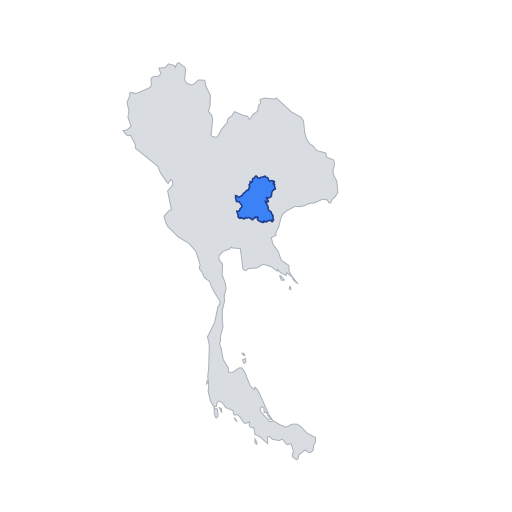 location of Nakhon Ratchasima within Thailand, rotated 346°
{"feature_id": "THA-441", "entity_name": "Nakhon Ratchasima", "entity_type": "Province", "adm_level": 1, "iso_a3": "THA", "parent_name": "Thailand", "parent_adm1": "", "projection": "natural_earth1", "projection_center": [102.187, 14.947], "detail": "fine", "context": "in_parent", "style": "filled", "palette": "blue", "viewbox_px": 512, "rotation_deg": 346, "n_neighbors": 0, "source": "natural_earth", "source_scale": "10m", "svg_char_len": 8739}
<svg xmlns="http://www.w3.org/2000/svg" viewBox="0 0 512 512"><g transform="rotate(346 256 256)"><path d="M223.0,51.5L223.4,53.5L225.3,50.8L227.6,49.5L232.4,55.4L232.9,57.9L229.5,67.2L230.0,70.4L232.2,72.9L234.9,74.4L237.7,74.0L243.0,71.3L248.8,73.1L248.5,79.3L250.6,89.2L247.7,99.2L244.8,104.2L247.0,108.6L247.1,112.6L241.5,128.3L242.6,129.5L246.2,131.3L247.7,130.7L253.5,124.5L260.1,119.7L262.2,115.7L266.3,114.3L270.0,110.7L278.5,117.1L280.7,117.6L281.8,118.7L282.2,121.3L283.3,121.8L286.8,118.2L292.6,115.8L294.9,110.4L297.6,108.8L297.4,106.1L298.2,105.1L303.0,104.9L310.3,107.7L312.8,108.3L314.0,107.7L325.5,125.1L332.9,131.8L334.8,136.3L333.1,148.0L333.3,154.7L334.9,159.8L338.1,163.3L340.4,168.4L349.0,173.2L348.3,174.5L348.8,177.6L354.2,181.3L354.7,182.5L354.1,187.2L351.6,190.8L351.1,193.7L351.1,197.4L352.5,202.8L350.8,214.1L347.6,217.3L343.5,219.6L341.2,222.6L339.5,221.9L338.7,218.8L334.1,217.0L325.3,218.7L320.9,217.9L315.0,219.0L309.3,218.5L305.9,217.2L296.3,219.7L292.2,221.9L289.3,225.2L285.0,233.5L280.6,238.6L280.6,240.7L275.2,242.0L275.4,249.0L278.6,256.7L279.5,266.4L285.7,273.2L284.5,278.0L285.2,282.7L290.0,293.4L286.5,288.3L285.8,284.8L281.8,279.5L280.5,282.1L275.7,278.1L273.7,274.1L273.0,275.9L268.3,270.2L263.6,267.2L260.9,265.8L254.2,267.8L245.6,266.3L242.4,267.7L241.0,266.8L240.2,265.1L242.6,245.0L235.2,242.5L234.0,241.2L232.4,242.7L225.2,243.5L219.9,247.2L219.3,250.3L221.6,255.8L218.6,265.8L219.6,275.2L219.1,280.4L215.5,287.0L214.5,292.2L210.4,300.2L207.7,310.4L207.0,316.3L202.1,325.3L200.9,330.4L199.2,332.3L199.9,336.4L199.1,348.7L202.1,357.7L201.3,361.9L204.6,363.3L212.6,360.5L215.3,361.2L217.0,366.2L219.0,380.8L222.3,385.4L223.2,383.1L224.7,385.4L226.0,389.8L230.1,413.0L232.3,419.0L229.8,417.5L228.4,410.2L226.0,409.9L226.9,405.3L225.4,403.7L223.0,405.0L223.1,408.6L229.4,420.1L233.3,420.4L238.3,425.5L243.8,429.3L250.6,427.9L255.4,429.2L258.2,432.3L262.6,440.1L269.9,446.6L268.8,450.7L265.9,454.0L264.4,458.3L262.4,459.6L259.7,459.6L256.7,456.0L249.5,459.3L247.9,462.7L246.1,463.6L242.9,459.8L243.1,457.7L245.1,454.6L244.6,446.6L240.3,446.5L237.4,440.5L236.4,439.9L234.4,440.8L227.5,438.0L225.5,434.3L223.4,434.6L222.0,441.0L216.0,432.4L211.8,428.8L212.4,422.4L209.6,421.0L208.4,419.2L209.4,415.4L205.5,416.0L203.7,414.9L201.4,408.0L199.5,405.3L196.9,405.3L196.1,403.9L196.3,400.5L190.0,395.7L187.9,390.2L184.9,387.7L183.0,388.4L181.1,392.4L179.7,392.1L178.3,391.0L176.7,385.5L176.8,375.8L178.9,370.2L180.0,361.2L182.9,353.6L189.1,331.4L189.4,322.7L199.9,310.3L206.8,296.0L209.1,294.0L210.1,291.3L206.5,279.8L204.9,271.9L205.1,269.8L200.7,264.4L199.6,258.2L198.4,256.2L198.0,254.2L199.7,250.6L198.8,237.0L194.0,227.6L185.3,218.9L177.6,206.2L176.5,201.6L176.3,195.2L182.6,190.9L185.1,190.6L186.0,171.4L191.4,167.8L192.6,166.2L193.1,163.0L191.9,161.1L188.4,164.3L187.7,163.6L183.4,152.3L182.5,145.4L165.1,122.3L165.9,118.5L163.4,108.5L160.9,108.3L159.1,106.5L157.3,102.1L160.7,102.6L166.2,100.1L165.3,90.4L167.7,84.8L168.1,75.6L172.3,70.1L172.8,67.4L175.1,67.1L178.1,69.1L181.3,69.1L194.3,66.8L196.0,64.3L196.8,59.2L198.1,57.6L201.0,57.1L204.3,58.1L207.8,56.2L207.2,50.2L213.4,51.2L217.5,48.4L223.0,51.5ZM181.4,395.0L180.5,402.2L178.1,403.6L177.3,399.4L178.7,392.7L179.4,394.2L181.4,395.0ZM221.0,352.9L220.6,356.4L218.4,357.5L217.8,353.6L221.0,352.9ZM275.2,281.2L277.8,286.2L274.8,285.7L274.2,280.9L275.2,281.2ZM211.0,438.8L209.7,436.7L210.8,433.4L211.9,437.4L211.0,438.8ZM185.5,395.7L184.9,399.7L183.7,394.3L185.5,395.7ZM221.1,349.8L219.9,349.4L218.9,347.1L220.3,347.1L221.1,349.8ZM196.1,407.5L197.6,412.2L196.0,410.0L196.1,407.5ZM282.1,294.3L281.7,297.2L280.3,296.0L281.2,293.8L282.1,294.3ZM178.6,367.1L177.1,368.2L178.3,365.4L178.6,367.1Z" fill="#d9dde1" stroke="#a8b0b8" stroke-width="1"/><path d="M249.4,215.6L249.0,215.2L248.8,214.9L248.6,214.4L248.1,214.0L248.1,213.9L248.0,213.7L248.1,213.4L248.2,213.2L248.5,212.7L248.2,207.8L248.4,207.8L248.8,208.0L249.0,208.2L249.1,208.3L249.5,208.3L250.1,208.5L250.3,208.5L250.4,208.2L250.5,208.2L251.0,207.8L251.4,207.6L251.5,207.5L251.6,207.3L251.8,206.6L251.8,206.4L252.6,206.0L252.9,205.7L253.3,205.5L253.9,205.1L254.2,204.9L254.4,204.7L254.4,204.4L254.4,203.6L254.4,203.4L254.3,203.2L253.3,200.7L253.2,200.4L253.1,200.1L253.0,199.8L252.8,199.4L252.7,199.2L252.2,199.2L251.6,199.0L251.0,198.5L250.9,198.5L250.6,198.6L250.3,198.5L250.2,198.2L250.2,197.7L250.3,195.4L250.2,194.9L250.2,194.2L250.3,193.9L250.7,193.2L250.8,193.0L250.8,192.5L252.1,193.2L252.4,193.4L252.7,193.8L252.9,194.4L253.1,194.7L253.2,194.9L253.3,194.9L253.8,194.9L257.1,193.8L257.6,193.5L257.9,193.2L258.7,192.4L258.9,192.2L259.0,192.1L260.0,191.9L260.9,191.4L262.4,190.4L262.8,190.2L263.4,190.0L263.6,190.0L263.8,190.1L264.2,190.2L264.5,190.3L264.7,190.2L264.8,190.1L264.8,189.8L264.9,189.5L265.1,188.9L265.4,188.5L265.6,188.3L266.5,187.8L266.7,187.6L266.7,187.3L266.6,187.1L266.4,186.5L266.4,186.2L266.4,185.9L266.5,185.4L266.6,185.1L267.2,184.7L267.5,184.4L268.3,182.9L268.5,182.4L269.4,183.2L269.5,183.5L270.0,183.2L270.4,182.8L270.5,182.6L270.7,182.0L270.8,181.9L271.0,181.8L271.0,181.7L271.0,181.3L271.0,181.2L271.3,180.8L271.4,180.6L271.4,180.2L271.7,180.0L272.4,180.0L272.7,179.9L272.5,179.7L272.8,179.9L273.3,179.8L273.6,179.6L274.2,178.9L274.9,178.4L275.2,178.3L275.5,178.3L275.9,179.0L276.3,179.4L276.4,179.5L276.4,180.2L276.4,180.3L276.5,180.4L276.6,180.5L277.1,180.8L277.6,181.4L277.8,181.4L278.1,181.3L278.6,181.1L279.2,181.0L279.7,180.8L279.9,180.8L281.5,181.1L281.8,181.1L282.2,180.8L282.3,180.8L282.5,180.8L283.0,181.0L283.5,181.0L283.7,180.9L284.0,180.8L284.1,180.7L284.2,180.8L284.3,180.8L284.4,181.4L284.6,181.8L284.8,182.1L285.0,182.2L285.4,182.3L285.7,182.4L286.4,183.0L286.5,183.9L286.6,184.5L286.6,185.4L286.6,185.6L286.9,185.9L287.0,186.1L287.2,186.4L287.3,186.6L287.5,186.7L287.8,186.6L288.3,186.7L288.5,186.7L288.8,186.5L289.5,186.6L289.8,186.7L290.1,186.8L290.2,187.1L290.4,187.3L290.5,187.6L291.2,187.6L291.3,187.6L291.5,187.8L291.8,188.1L291.9,188.5L291.5,188.9L291.4,189.1L291.2,189.1L291.0,188.9L290.9,188.9L290.3,190.1L290.4,190.4L290.5,190.5L291.2,190.7L291.4,190.8L291.5,190.9L291.4,191.1L291.0,191.4L290.9,191.4L290.9,191.7L290.8,192.4L291.0,192.8L291.0,193.0L290.9,193.7L290.9,193.8L290.9,194.9L290.9,195.0L291.1,195.3L291.1,195.5L290.9,195.7L290.7,195.8L290.1,196.0L289.9,196.0L289.7,195.8L289.1,196.0L288.8,196.3L288.1,196.5L287.4,197.3L286.5,198.5L286.2,198.8L286.2,199.0L286.3,199.3L286.3,199.5L286.2,199.9L286.0,200.2L285.8,200.5L285.7,201.0L285.6,201.4L284.5,202.3L284.0,202.5L283.6,202.6L282.8,202.7L282.4,202.7L282.0,202.6L281.7,202.4L281.2,202.1L280.3,201.8L280.1,201.8L280.0,202.0L280.8,202.6L280.9,202.8L280.9,203.1L280.7,203.7L280.6,203.8L280.7,204.0L280.8,204.5L281.3,205.5L281.3,205.8L281.3,206.0L281.1,206.2L280.4,206.4L280.2,206.4L279.6,206.3L279.4,206.2L279.2,205.8L279.1,205.6L278.5,205.4L278.2,205.2L278.2,205.6L278.6,207.3L279.1,207.9L279.1,208.7L279.1,208.9L279.3,209.7L279.4,210.1L279.7,210.6L279.7,210.9L279.7,211.3L279.1,213.0L279.2,213.4L279.6,214.7L279.9,215.3L280.9,216.3L281.1,216.5L281.2,216.8L281.4,217.5L281.4,217.8L281.3,218.4L281.3,218.6L281.4,218.8L281.6,219.0L281.9,220.4L281.9,220.7L282.0,220.8L282.3,221.0L282.3,221.3L282.2,221.7L281.7,222.7L281.6,223.1L281.6,223.5L281.8,224.9L281.6,225.0L281.3,225.3L281.1,225.4L280.9,225.5L280.6,225.6L280.4,225.8L280.4,226.0L280.8,226.3L280.7,226.4L280.4,226.5L280.0,226.6L279.8,226.6L279.7,226.5L279.6,226.4L279.5,226.2L279.5,225.7L279.5,225.3L279.5,225.2L279.4,225.1L279.2,225.0L278.6,225.1L278.1,224.9L277.9,224.7L277.7,224.7L277.5,224.8L277.2,224.9L276.9,224.9L276.4,224.7L276.2,224.7L275.7,224.8L275.2,224.9L275.1,225.0L274.9,225.3L274.6,225.5L274.4,225.4L274.2,225.2L273.3,225.1L273.1,225.1L272.9,224.9L272.8,224.4L272.7,224.2L272.3,223.9L272.2,223.8L271.9,223.9L271.7,224.1L271.6,224.4L271.6,224.8L271.6,225.0L271.4,225.2L271.2,225.2L270.8,225.1L269.6,224.6L269.3,224.4L268.4,223.4L268.1,223.2L267.8,223.0L267.4,222.7L267.0,222.3L266.8,222.1L266.6,221.9L266.5,221.5L266.3,221.2L266.3,220.9L266.3,220.7L266.7,220.2L267.1,219.4L267.2,219.1L267.2,218.9L267.1,218.7L266.7,218.4L266.2,218.6L266.0,218.9L265.9,218.9L265.6,218.7L265.1,218.1L264.9,218.0L264.5,218.7L264.3,218.8L263.7,218.9L263.5,219.0L263.2,219.0L262.9,218.9L262.7,219.0L262.3,219.2L262.1,219.2L261.9,219.3L261.8,219.5L261.8,220.0L261.7,220.1L261.1,219.8L260.6,219.1L259.5,218.1L259.3,217.7L258.9,217.4L258.7,217.1L258.4,216.9L258.1,216.9L257.7,216.8L256.7,217.0L256.1,216.9L255.9,216.8L255.7,216.6L255.4,216.2L255.1,216.1L254.9,216.1L254.7,216.3L254.4,216.6L254.2,216.9L254.1,217.1L253.3,217.1L251.3,215.7L251.1,215.5L251.0,215.3L251.0,215.2L250.8,215.2L250.6,215.1L250.4,215.0L250.3,214.9L250.2,214.9L250.1,215.0L249.9,215.6L249.4,215.6Z" fill="#3b82f6" stroke="#1e3a8a" stroke-width="1.5"/></g></svg>